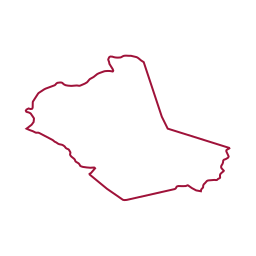 outline of Ogooué-Lolo, rotated 98°
{"feature_id": "GAB-2628", "entity_name": "Ogooué-Lolo", "entity_type": "Province", "adm_level": 1, "iso_a3": "GAB", "parent_name": "Gabon", "parent_adm1": "", "projection": "equal_earth", "projection_center": [12.559, -0.822], "detail": "fine", "context": "isolated", "style": "outline", "palette": "rose", "viewbox_px": 256, "rotation_deg": 98, "n_neighbors": 0, "source": "natural_earth", "source_scale": "10m", "svg_char_len": 2668}
<svg xmlns="http://www.w3.org/2000/svg" viewBox="0 0 256 256"><g transform="rotate(98 128 128)"><path d="M142.8,228.4L138.2,223.9L135.2,222.3L131.8,222.4L131.1,222.8L127.7,225.9L127.2,226.4L126.9,227.0L126.5,228.2L126.3,229.0L126.3,230.0L126.0,231.0L125.1,231.6L123.9,231.1L122.5,229.2L122.8,227.2L122.4,225.8L122.0,225.5L121.3,225.3L120.6,225.3L115.7,225.9L115.0,225.8L106.4,221.8L105.7,221.3L101.4,216.4L100.5,215.1L95.9,206.6L95.2,205.9L94.6,205.6L93.8,205.0L93.1,204.2L92.5,202.1L92.3,201.0L92.3,200.1L92.4,199.6L92.5,199.2L92.8,198.9L93.3,198.2L93.7,197.5L94.0,196.7L94.3,195.7L94.4,193.4L94.2,190.0L93.2,185.5L93.0,184.5L93.0,182.7L93.0,182.1L92.6,181.1L90.1,177.0L88.6,175.1L88.0,174.6L85.4,173.0L84.8,172.5L82.3,169.2L78.9,166.0L77.8,164.4L75.3,159.7L74.9,158.7L74.3,155.9L74.1,153.9L74.1,152.3L74.2,151.5L74.2,151.1L74.0,150.8L73.3,150.6L72.7,150.9L71.9,151.3L67.1,155.3L65.1,156.0L63.7,156.8L63.0,157.1L62.3,157.0L60.9,156.6L60.2,156.2L59.7,155.4L59.5,153.7L59.8,151.9L59.9,150.4L59.8,148.5L59.6,147.3L59.2,145.4L59.0,144.9L58.8,144.6L57.4,142.7L57.0,141.8L56.8,140.9L56.6,139.8L56.4,137.5L56.2,135.9L56.1,135.0L56.6,129.6L56.9,128.5L57.5,127.3L59.3,124.4L60.6,121.6L112.1,96.1L123.1,88.6L133.6,25.1L134.0,24.8L134.5,25.3L135.0,26.1L135.6,26.8L136.2,27.4L136.9,27.5L137.6,27.3L142.1,24.4L143.1,24.6L143.8,25.1L144.4,25.9L144.9,26.5L145.5,27.4L145.8,28.2L146.5,28.9L147.3,29.2L148.6,29.1L150.3,29.4L152.4,30.3L153.2,30.4L154.2,30.2L155.0,29.6L157.0,27.2L157.6,27.4L158.7,28.5L160.0,29.6L160.6,30.0L161.0,30.2L161.6,30.3L162.2,30.3L164.3,29.9L164.9,30.2L165.8,31.6L167.0,32.6L167.3,33.4L167.4,35.3L168.7,41.0L169.0,41.8L169.5,42.5L172.2,44.3L172.9,44.9L173.7,45.3L174.5,45.5L176.3,45.4L177.1,45.8L177.8,46.4L178.5,46.8L179.1,47.0L180.5,47.0L180.3,51.8L178.6,56.4L176.9,59.7L176.4,60.8L176.7,61.5L177.1,62.1L177.5,62.9L178.1,66.7L178.3,68.7L178.4,69.7L178.8,70.9L179.3,71.6L180.0,71.9L180.7,72.1L181.4,72.5L182.0,73.3L199.4,119.3L199.9,121.6L199.8,123.1L191.1,140.4L179.8,158.9L179.4,159.5L178.8,159.7L177.6,158.3L172.5,155.0L171.9,155.7L171.9,156.3L172.6,159.8L172.8,163.4L172.8,167.2L172.5,169.1L172.0,170.2L171.3,170.6L170.6,171.2L169.9,172.0L168.7,174.8L168.3,175.4L167.0,176.1L166.4,176.6L165.8,177.4L164.8,179.1L164.2,180.1L163.5,180.9L162.9,181.4L162.2,181.7L161.6,181.7L161.0,181.6L160.7,181.6L160.1,181.7L158.1,183.2L157.4,184.0L157.0,185.6L156.5,186.7L155.9,187.4L155.2,188.0L154.6,189.0L154.0,190.3L153.8,191.1L153.6,193.9L153.3,195.0L152.8,196.0L152.3,197.0L152.0,198.0L151.7,198.8L150.4,200.9L145.3,215.2L145.1,216.2L145.4,218.0L145.4,218.9L144.4,221.8L143.9,224.3L143.0,227.8L142.8,228.4Z" fill="none" stroke="#9f1239" stroke-width="2"/></g></svg>